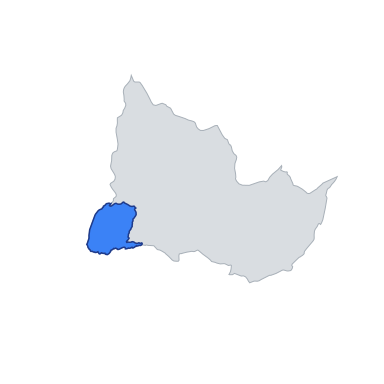 Central African Republic, with Vakaga highlighted, rotated 225°
{"feature_id": "CAF-812", "entity_name": "Vakaga", "entity_type": "Prefecture", "adm_level": 1, "iso_a3": "CAF", "parent_name": "Central African Republic", "parent_adm1": "", "projection": "equal_earth", "projection_center": [21.98, 9.792], "detail": "fine", "context": "in_parent", "style": "filled", "palette": "blue", "viewbox_px": 384, "rotation_deg": 225, "n_neighbors": 0, "source": "natural_earth", "source_scale": "10m", "svg_char_len": 7670}
<svg xmlns="http://www.w3.org/2000/svg" viewBox="0 0 384 384"><g transform="rotate(225 192 192)"><path d="M252.4,138.3L255.2,139.3L255.7,140.5L254.9,144.3L255.5,146.7L257.1,148.7L258.7,149.5L260.3,150.0L265.7,151.3L267.9,152.7L270.9,157.2L274.6,161.2L275.6,163.4L275.4,165.4L274.3,167.8L274.5,168.7L276.2,171.1L278.2,173.6L281.8,176.3L288.0,180.6L290.8,183.4L291.8,185.6L293.4,187.9L295.7,190.1L297.2,191.7L296.1,196.4L296.5,198.0L297.0,199.3L298.3,201.1L298.8,203.5L300.1,206.5L301.7,207.8L304.3,208.3L305.6,209.7L308.4,212.1L311.2,214.1L312.4,215.5L313.1,216.7L313.7,218.2L314.0,219.7L314.1,222.8L314.6,226.8L316.0,229.5L317.4,231.5L311.8,229.2L311.0,229.1L310.0,229.5L307.1,232.4L306.2,232.7L302.5,232.1L293.6,229.9L286.8,227.7L284.7,226.9L281.1,226.2L278.7,227.7L276.4,232.7L275.8,233.7L272.2,235.2L270.5,234.8L266.4,236.1L260.0,234.1L257.8,234.5L256.0,235.5L251.4,237.8L248.7,239.1L245.4,240.3L242.4,242.1L240.3,243.1L238.3,243.1L236.5,242.1L234.5,241.2L232.1,241.0L229.6,241.5L227.5,243.5L226.7,245.0L224.8,248.8L222.7,255.0L221.8,256.2L221.1,256.9L211.1,253.8L206.8,253.1L203.9,254.0L200.3,252.3L198.7,252.0L198.0,252.5L196.0,251.7L192.7,249.6L189.5,248.7L186.7,249.0L185.0,248.3L183.6,246.3L181.8,242.5L178.6,238.8L174.2,235.8L171.5,233.5L170.5,232.0L168.1,231.2L164.5,231.0L161.1,232.5L156.2,237.2L151.6,246.7L149.0,250.4L147.0,251.4L146.5,253.7L147.5,257.4L147.7,261.6L147.0,268.8L147.3,274.0L146.2,273.2L145.1,270.7L144.6,270.2L141.6,271.3L140.0,272.3L139.2,273.3L138.6,273.4L137.6,272.1L136.8,271.9L135.6,272.1L134.4,272.1L133.6,271.9L133.1,272.0L131.7,271.2L126.5,269.2L125.6,268.5L124.6,268.6L121.9,270.4L120.4,270.9L116.1,272.0L111.5,272.5L109.7,272.5L108.5,273.3L107.7,274.4L106.3,281.0L105.9,282.2L106.0,283.8L105.6,289.2L105.7,290.9L100.2,305.5L99.3,303.1L98.7,300.2L98.5,296.9L98.6,296.1L98.3,295.1L97.8,292.4L98.3,290.7L97.9,288.9L96.8,287.1L95.9,285.7L95.3,284.5L94.8,284.0L93.8,283.8L92.3,283.2L86.2,274.6L79.9,264.9L78.6,261.8L78.1,260.0L79.6,259.8L80.0,259.4L80.0,258.6L79.1,256.1L78.6,253.0L77.8,251.0L75.4,248.1L73.0,245.8L72.2,244.7L71.8,243.0L70.9,232.6L70.5,229.7L69.8,228.4L69.2,227.8L69.0,227.0L69.1,225.2L69.5,223.5L69.5,222.9L70.1,221.4L70.2,211.8L69.4,210.5L68.0,210.4L67.2,209.0L66.6,207.3L66.8,206.0L68.2,204.1L69.1,203.3L71.8,201.8L72.6,201.0L73.1,200.0L73.4,198.8L75.0,193.8L77.3,188.9L78.3,187.9L80.7,180.6L81.3,178.7L81.7,176.9L82.5,175.4L85.1,172.9L87.0,168.6L89.1,168.9L91.3,169.6L94.1,169.9L96.3,169.1L97.7,167.4L104.4,164.5L104.9,162.2L106.0,161.0L107.2,159.9L107.6,159.8L107.7,160.5L108.5,162.9L110.0,165.3L112.2,167.9L112.9,167.8L114.3,165.8L117.8,164.6L118.7,164.0L121.2,161.1L124.2,159.3L125.9,158.6L129.0,156.7L131.1,156.9L134.6,156.6L140.3,155.7L144.5,155.4L146.6,155.1L147.1,154.7L148.0,151.9L148.6,151.1L150.2,149.9L153.2,145.7L155.3,142.2L155.9,140.9L156.3,140.7L157.2,139.2L156.3,137.7L152.9,134.6L152.9,134.1L152.7,133.6L152.9,133.2L154.2,131.9L156.0,130.4L157.9,129.9L162.8,130.0L167.0,129.7L168.0,129.8L171.2,129.0L173.5,128.3L175.8,126.8L181.0,127.0L185.3,123.2L186.5,122.5L187.1,121.9L187.2,121.3L189.3,119.8L191.5,116.6L193.3,113.8L193.8,111.8L198.7,105.0L200.4,105.2L201.3,104.3L203.2,99.8L203.8,99.0L205.8,98.2L206.8,96.9L207.6,94.9L207.6,92.4L207.2,90.4L207.2,89.5L207.7,88.6L208.5,87.7L212.2,85.3L213.2,84.1L213.7,83.1L214.8,82.9L215.9,83.0L216.6,82.3L217.4,81.2L220.0,79.7L222.4,78.6L224.9,79.1L229.4,80.6L230.8,83.8L231.4,84.9L237.0,92.5L238.1,94.3L240.9,99.9L242.6,103.6L244.6,109.0L244.8,111.9L244.5,114.4L244.1,121.5L243.6,123.5L241.2,127.3L241.1,129.0L241.6,130.5L242.3,131.1L242.8,131.8L242.5,135.1L243.4,136.4L245.3,137.2L249.9,137.8L252.4,138.3Z" fill="#d9dde1" stroke="#a8b0b8" stroke-width="1"/><path d="M229.4,80.6L229.5,81.3L232.2,86.6L234.2,88.5L237.7,93.0L240.9,99.9L244.1,106.8L244.5,107.9L245.1,112.4L245.0,113.4L244.8,114.2L244.1,115.6L243.8,116.4L243.8,116.7L244.0,117.3L244.1,117.6L244.0,118.4L244.1,118.7L244.2,119.0L244.4,119.0L244.5,119.1L244.6,119.3L244.1,121.5L244.1,121.9L244.3,122.7L244.3,123.1L244.2,123.4L243.9,123.7L243.2,124.9L242.7,125.5L242.2,125.7L241.6,125.7L241.3,125.9L241.1,126.3L240.9,125.7L240.9,125.1L241.0,124.6L241.1,124.3L241.0,124.2L240.9,124.1L240.7,124.0L240.2,124.1L239.9,124.2L239.7,124.4L239.5,124.5L239.3,124.8L239.2,125.0L239.0,125.4L238.9,125.9L238.5,128.7L238.3,129.2L238.2,129.6L237.9,130.0L237.6,130.3L237.3,130.5L237.2,130.5L236.4,130.7L236.1,130.8L235.7,131.1L234.3,132.5L234.0,133.0L233.7,133.7L233.6,135.3L233.6,135.9L233.3,136.4L233.1,136.6L232.9,136.7L232.3,136.5L232.1,136.5L228.6,137.7L226.1,138.2L225.4,138.5L224.4,139.2L224.1,139.5L223.1,140.9L222.8,141.0L222.7,141.1L222.4,141.1L222.2,141.1L221.5,140.8L221.3,140.7L221.1,140.8L220.9,140.8L220.4,140.9L220.5,140.0L220.5,139.7L220.4,139.4L220.3,139.1L220.1,138.9L219.8,138.8L218.4,138.5L217.3,138.1L217.0,137.9L215.5,136.5L215.3,136.0L215.1,135.4L214.5,132.1L214.6,131.4L214.6,131.1L214.4,130.9L213.5,130.1L213.2,129.7L213.1,129.2L213.0,128.9L212.9,128.6L212.8,128.4L212.6,128.2L211.9,127.6L211.6,127.3L211.1,126.5L210.9,126.2L210.7,126.0L210.2,125.7L209.9,125.2L209.5,123.6L209.4,123.2L209.2,122.9L209.1,122.7L208.9,122.4L208.9,122.1L208.7,120.4L208.6,119.9L208.4,119.6L207.7,118.9L207.5,118.6L207.4,118.3L207.3,118.0L207.2,117.5L207.2,117.3L206.0,115.9L205.8,115.6L205.7,115.3L205.5,115.0L205.3,114.9L204.8,114.9L204.3,115.0L204.0,114.9L203.8,114.8L203.7,114.7L203.6,114.3L203.6,113.7L203.4,112.6L203.4,112.2L203.4,111.9L203.4,111.4L203.4,111.2L203.3,110.7L203.2,110.5L203.0,110.4L202.5,110.2L202.4,110.3L202.2,110.5L202.1,111.0L201.9,111.2L201.8,111.3L201.7,111.5L201.4,111.7L201.2,111.8L200.9,112.0L200.5,112.4L200.1,112.9L199.7,113.3L199.6,113.5L199.4,113.9L199.4,114.2L199.3,114.3L199.2,114.4L199.1,114.5L198.7,114.9L198.7,115.0L197.6,115.6L197.3,115.6L196.9,115.6L196.7,115.7L196.2,115.8L195.7,116.0L195.4,116.2L194.7,116.7L194.2,117.2L194.1,117.3L194.1,117.5L193.9,118.0L193.8,118.3L193.5,118.6L193.4,118.7L193.2,118.7L192.9,118.8L192.4,119.0L192.2,119.3L192.1,119.5L191.9,119.8L191.7,120.3L191.4,120.5L191.0,120.4L190.6,120.2L190.1,119.5L190.0,119.4L190.2,119.5L190.3,119.5L190.4,119.0L190.4,118.3L190.6,117.7L191.0,117.5L191.2,117.3L192.0,116.2L192.1,115.8L192.2,115.5L192.4,115.3L192.8,115.0L192.9,114.8L192.9,114.6L193.0,114.5L193.3,114.6L193.3,114.3L193.3,114.2L193.2,114.1L193.2,113.9L193.4,113.8L193.6,113.5L193.6,112.6L193.6,112.2L193.9,111.5L194.0,111.0L194.0,110.9L194.3,110.6L194.5,110.4L194.8,110.7L195.0,110.7L195.4,110.2L195.5,110.2L195.7,109.8L195.7,109.7L196.0,108.7L196.2,108.3L197.2,107.3L197.4,107.3L197.5,106.9L197.6,106.5L198.6,105.0L198.9,104.7L199.1,104.9L199.9,105.3L200.2,105.4L200.8,105.1L201.5,104.2L202.0,103.2L203.0,100.1L203.5,99.2L204.1,98.7L204.3,98.7L204.6,98.8L204.8,98.9L205.0,98.8L205.7,98.6L205.8,98.5L206.3,98.3L206.5,97.9L206.7,97.4L206.9,96.9L207.1,96.8L207.3,96.8L207.5,96.7L207.5,96.2L207.5,95.9L207.4,95.6L207.5,95.0L208.1,93.7L207.9,93.3L208.0,93.2L207.9,92.8L207.5,92.3L207.4,92.0L207.4,91.6L207.2,90.6L207.2,90.1L207.2,89.6L207.4,88.8L207.4,88.3L207.6,87.9L207.8,87.6L208.1,87.5L208.4,87.5L208.5,87.4L208.6,87.2L208.8,87.0L209.0,87.0L209.1,86.9L209.5,86.8L210.1,87.0L210.3,87.1L210.4,86.9L210.9,86.3L211.5,85.7L211.8,85.5L213.0,85.1L213.2,84.8L213.0,84.3L213.1,83.9L213.2,83.4L213.5,82.9L213.8,82.7L215.4,82.9L215.7,82.9L216.3,83.2L216.5,82.7L216.7,81.9L217.3,81.3L217.5,80.9L217.8,80.7L218.0,80.8L218.4,80.7L218.8,80.2L219.0,80.1L219.4,79.8L219.8,79.7L220.4,79.6L220.7,79.4L220.9,79.2L221.3,78.7L221.5,78.5L222.0,78.5L222.3,78.7L222.5,78.7L223.2,79.0L223.6,79.0L224.0,78.9L224.4,78.8L224.6,78.9L225.0,79.1L225.8,79.1L226.0,79.2L226.7,79.4L227.2,79.9L228.4,80.4L229.4,80.6Z" fill="#3b82f6" stroke="#1e3a8a" stroke-width="1.5"/></g></svg>